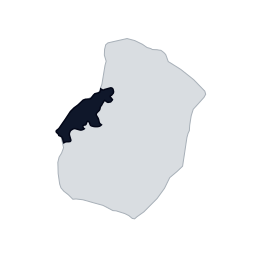 where Qacha's Nek sits in Lesotho, rotated 157°
{"feature_id": "LSO-1214", "entity_name": "Qacha's Nek", "entity_type": "District", "adm_level": 1, "iso_a3": "LSO", "parent_name": "Lesotho", "parent_adm1": "", "projection": "mercator", "projection_center": [28.653, -29.956], "detail": "fine", "context": "in_parent", "style": "filled", "palette": "ink", "viewbox_px": 256, "rotation_deg": 157, "n_neighbors": 0, "source": "natural_earth", "source_scale": "10m", "svg_char_len": 2649}
<svg xmlns="http://www.w3.org/2000/svg" viewBox="0 0 256 256"><g transform="rotate(157 128 128)"><path d="M165.5,168.7L159.0,170.7L158.1,170.9L153.9,170.4L148.3,170.9L143.9,172.1L140.4,172.5L134.9,178.5L124.7,194.6L122.0,198.0L121.3,204.3L118.9,209.4L116.0,213.3L113.2,214.2L104.8,212.7L93.9,210.7L87.6,205.8L82.0,199.4L79.1,194.7L76.0,192.2L74.9,190.7L70.5,188.6L68.9,187.5L67.4,186.7L65.6,183.6L64.6,180.9L65.0,173.4L61.9,169.0L56.6,161.4L53.2,155.2L48.6,146.7L45.8,139.4L42.9,131.9L43.3,128.7L46.1,126.5L54.2,122.7L60.6,119.8L65.1,114.5L70.1,106.5L72.5,101.7L74.9,99.5L77.5,96.2L82.1,88.7L87.2,80.4L92.7,71.5L99.6,68.9L109.0,66.0L118.0,58.2L128.8,51.7L146.2,44.6L154.4,42.8L157.4,41.8L159.4,43.1L161.5,47.1L164.4,50.5L171.3,56.4L174.2,57.9L181.3,66.6L188.9,72.6L197.6,79.6L203.6,83.0L206.6,84.0L209.1,90.1L211.7,94.7L213.1,99.0L212.8,103.1L210.1,113.3L206.0,123.8L202.8,128.1L198.9,130.9L195.0,135.0L193.5,143.4L191.8,153.3L186.8,157.4L182.9,160.0L177.5,163.3L165.5,168.7Z" fill="#d9dde1" stroke="#a8b0b8" stroke-width="1"/><path d="M185.8,158.3L182.9,160.1L174.5,165.7L169.8,167.6L165.0,168.7L158.4,171.2L156.0,171.1L152.5,169.8L151.2,169.6L150.1,169.9L146.9,171.8L145.1,172.5L141.6,171.9L139.8,172.2L138.4,173.5L137.8,174.7L136.5,172.9L136.1,172.7L135.7,172.5L135.3,172.5L134.7,172.6L128.4,171.8L127.6,171.4L127.1,170.9L126.8,170.3L126.7,169.8L126.7,169.2L126.8,168.5L127.1,167.0L127.5,166.4L128.0,165.8L130.3,164.6L131.7,164.5L132.0,164.2L132.2,163.6L131.7,162.1L131.2,160.2L131.5,159.9L133.8,158.8L136.4,159.4L137.2,160.2L138.4,162.3L138.7,162.6L138.9,162.5L139.2,162.4L141.7,160.7L143.3,159.4L143.7,159.1L144.1,158.9L144.5,158.8L144.9,158.4L145.5,157.8L146.4,156.5L147.1,155.8L147.9,155.3L150.4,154.3L151.2,153.8L151.8,153.3L152.1,152.3L152.1,151.3L151.7,148.7L151.8,147.2L152.2,145.1L152.3,143.3L151.2,141.3L152.4,140.9L153.1,140.8L154.1,140.8L155.6,141.2L157.6,142.0L159.0,142.8L160.3,143.8L160.9,144.3L161.3,144.9L161.5,145.5L161.5,146.2L161.4,147.8L161.4,148.5L161.6,149.0L161.9,149.5L162.3,149.8L162.7,150.0L163.6,149.5L164.1,149.0L164.6,148.4L165.1,147.9L165.8,147.5L166.5,147.6L167.2,147.8L167.9,147.9L168.6,147.5L169.2,146.5L169.0,145.4L168.5,144.4L169.3,144.2L170.8,144.2L171.9,144.4L172.8,144.8L176.8,148.0L177.8,148.5L179.0,148.6L180.5,148.4L181.7,148.1L182.7,147.5L183.9,146.2L184.4,145.3L184.7,144.4L185.3,139.2L185.7,138.6L186.4,138.2L187.9,138.5L190.3,139.5L191.8,139.6L192.9,139.4L192.8,141.2L192.4,143.4L192.4,145.5L193.4,147.0L194.3,147.7L194.6,148.3L194.5,149.0L194.7,150.2L195.5,151.8L195.6,152.6L195.2,153.4L194.3,153.8L192.4,154.3L191.5,154.7L185.8,158.3Z" fill="#0f172a" stroke="#020617" stroke-width="1.5"/></g></svg>